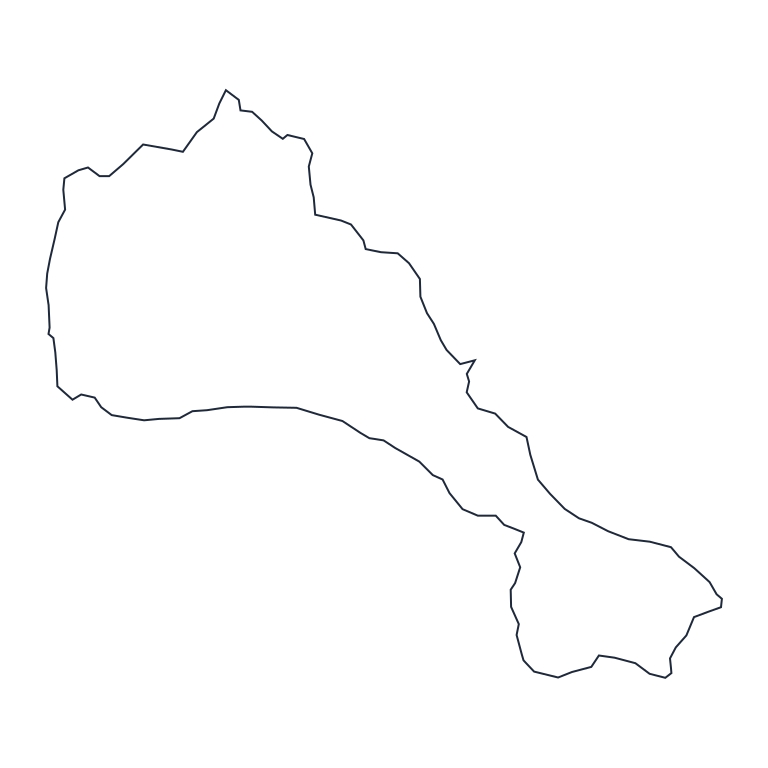 outline of Agios Therapon, Limassol, Cyprus
{"feature_id": "46923920B43784935136584", "entity_name": "Agios Therapon", "entity_type": "district", "adm_level": 2, "iso_a3": "CYP", "parent_name": "Cyprus", "parent_adm1": "Limassol", "projection": "orthographic", "projection_center": [32.869, 34.783], "detail": "fine", "context": "isolated", "style": "outline", "palette": "slate", "viewbox_px": 768, "rotation_deg": 0, "n_neighbors": 0, "source": "geoboundaries", "source_scale": "gbopen_adm2", "svg_char_len": 1782}
<svg xmlns="http://www.w3.org/2000/svg" viewBox="0 0 768 768"><path d="M48.5,334.0L53.4,338.1L55.3,352.4L56.7,370.2L57.4,386.3L72.5,399.7L81.2,394.5L94.7,397.6L101.2,407.2L111.7,415.1L127.1,417.7L144.1,420.3L159.0,418.9L179.5,418.2L192.4,411.2L207.0,410.2L227.3,407.2L243.2,406.7L252.0,406.7L273.6,407.4L296.5,407.8L319.1,414.7L342.4,421.0L360.6,433.0L369.4,438.2L374.2,438.9L383.6,440.4L395.2,448.0L419.3,461.6L432.8,475.1L442.6,479.5L449.5,493.1L462.6,509.2L477.9,515.7L495.8,515.7L504.2,524.9L513.6,528.5L523.8,532.6L521.3,542.1L514.7,553.4L520.2,567.3L515.1,583.1L510.7,589.7L511.1,606.9L518.8,624.1L516.6,635.0L521.7,654.1L523.5,660.3L525.6,662.6L534.1,671.6L558.1,677.5L572.0,672.0L591.3,666.9L598.9,655.5L614.6,657.7L635.4,663.2L649.6,673.8L665.3,677.8L671.4,673.1L671.0,668.2L670.0,658.4L675.8,647.4L686.4,635.4L694.0,617.1L707.9,611.9L721.0,607.2L721.9,598.8L716.6,594.3L709.6,582.1L694.3,568.2L679.0,556.7L671.0,547.2L649.8,541.7L628.6,539.2L608.1,531.2L591.8,522.8L579.0,518.3L564.7,508.9L550.1,493.9L537.9,479.6L530.3,454.8L526.5,437.0L508.1,426.9L495.2,413.6L477.8,408.4L466.7,392.3L469.1,381.5L466.8,373.9L474.8,360.3L460.2,364.1L446.6,350.0L440.8,340.2L433.9,323.9L427.0,313.2L420.4,296.7L419.9,279.0L409.0,263.2L397.7,253.3L381.0,252.2L365.7,249.1L363.4,240.4L351.0,224.5L341.0,220.5L315.2,214.7L313.7,197.3L310.5,184.6L308.8,166.5L312.3,153.3L304.1,139.0L287.4,135.0L282.8,138.8L271.9,131.4L261.7,120.5L252.1,111.8L240.5,110.4L238.8,99.9L225.9,90.2L219.3,103.5L213.7,118.6L196.9,132.1L182.9,151.8L171.7,149.5L143.1,144.5L123.1,164.2L109.2,176.1L99.5,176.1L88.0,167.5L78.4,170.3L64.4,178.3L63.3,189.8L65.1,209.6L58.3,222.2L54.7,238.7L50.0,258.9L47.2,273.6L46.1,288.0L48.4,303.8L48.6,304.9L49.6,327.6L48.5,334.0Z" fill="none" stroke="#1e293b" stroke-width="2"/></svg>